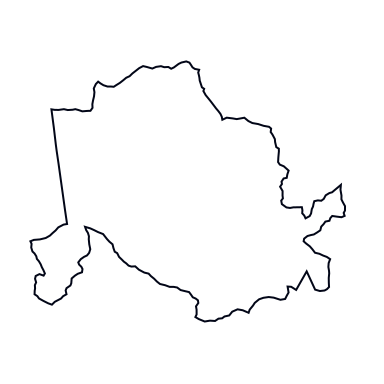 the district of Trindade, Goiás, Brazil, rotated 277°
{"feature_id": "56859067B82243960119331", "entity_name": "Trindade", "entity_type": "district", "adm_level": 2, "iso_a3": "BRA", "parent_name": "Brazil", "parent_adm1": "Goiás", "projection": "natural_earth1", "projection_center": [-49.558, -16.651], "detail": "fine", "context": "isolated", "style": "outline", "palette": "ink", "viewbox_px": 384, "rotation_deg": 277, "n_neighbors": 0, "source": "geoboundaries", "source_scale": "gbopen_adm2", "svg_char_len": 3616}
<svg xmlns="http://www.w3.org/2000/svg" viewBox="0 0 384 384"><g transform="rotate(277 192 192)"><path d="M266.4,255.1L267.5,249.4L267.8,243.5L269.3,239.3L272.1,234.9L270.8,230.8L269.8,227.5L270.0,223.6L270.0,217.4L267.4,213.3L270.3,212.4L273.0,210.7L275.5,208.3L277.9,205.7L280.6,203.1L284.2,199.6L289.9,193.7L293.6,191.0L295.9,191.5L297.1,189.1L299.9,187.8L303.5,186.1L306.4,185.4L308.8,184.6L311.3,183.6L314.2,184.2L314.5,179.8L315.8,177.3L317.9,175.6L320.1,173.7L320.9,170.4L319.2,165.7L317.5,163.1L315.3,160.8L313.4,158.8L311.8,156.3L313.2,153.3L312.5,149.2L313.1,145.9L311.8,141.1L309.7,137.6L310.6,131.9L311.0,128.1L308.5,124.5L305.2,121.2L302.4,118.4L299.3,115.9L297.4,112.8L294.5,110.1L291.5,107.1L289.0,104.0L286.9,101.5L286.8,98.7L286.4,95.2L287.2,91.1L288.7,87.8L290.1,85.4L287.4,83.4L282.8,81.9L279.2,83.0L275.0,83.1L270.5,82.6L267.0,82.4L263.4,83.0L260.2,81.3L259.7,78.1L258.7,73.3L259.5,69.5L260.0,66.1L259.1,63.5L258.2,58.7L258.6,54.8L257.2,49.6L256.8,45.6L256.9,42.4L238.7,47.1L222.3,51.1L216.5,52.6L203.8,56.1L158.1,68.3L145.0,71.9L144.0,68.5L140.6,63.6L137.2,61.3L134.2,58.6L131.4,56.3L128.5,52.4L126.4,46.8L125.2,40.9L123.4,37.6L121.0,39.1L117.3,39.2L113.5,40.9L111.8,43.2L109.2,45.3L106.7,46.2L104.6,48.5L101.7,50.7L99.1,52.1L96.4,54.0L93.2,55.9L90.9,54.9L91.9,50.6L89.6,47.1L86.7,46.8L83.3,48.3L80.4,47.4L77.2,48.0L74.8,47.9L71.3,48.2L69.8,51.2L67.7,53.1L65.8,57.8L64.0,62.8L63.1,66.7L66.3,69.2L68.5,72.4L70.3,75.0L72.9,76.8L75.2,79.9L78.9,78.6L81.3,79.2L84.4,82.7L86.7,83.3L91.5,83.1L94.7,86.0L96.9,88.6L98.9,92.6L102.2,92.7L104.3,91.3L106.2,88.8L108.3,87.7L111.8,89.8L114.5,92.8L116.2,95.5L119.0,97.3L122.8,98.0L127.6,96.4L132.5,95.3L135.5,95.1L138.7,93.7L141.3,91.6L144.4,90.1L143.5,95.5L142.2,99.6L140.8,103.5L139.4,108.9L134.9,113.4L132.6,116.1L130.4,119.5L126.7,120.9L123.3,122.6L122.2,125.2L118.7,127.5L116.3,130.7L114.6,132.8L113.1,135.5L111.2,138.0L110.6,140.9L111.3,144.7L108.4,148.8L106.2,154.5L105.7,158.9L103.5,161.5L101.3,165.0L98.9,168.0L96.8,171.4L96.2,176.7L95.1,181.4L95.6,185.4L95.4,188.9L93.3,192.6L92.8,196.6L92.3,201.3L89.9,203.6L87.6,205.6L86.7,208.6L85.2,211.1L82.6,211.8L79.0,209.9L75.7,210.9L71.0,211.5L68.3,210.6L66.7,214.2L65.0,220.4L66.5,225.5L66.8,230.6L69.5,233.7L70.3,237.3L72.4,239.4L74.0,244.0L78.1,246.5L81.1,251.5L80.8,256.8L79.0,262.9L82.3,263.6L86.7,266.4L89.6,267.8L93.7,271.7L95.7,275.8L97.1,280.9L97.1,286.0L95.8,292.9L97.2,297.5L100.6,298.7L104.0,300.1L109.8,298.4L110.0,302.0L107.5,307.3L127.2,315.5L110.1,326.1L109.3,331.0L110.4,335.6L112.0,337.8L114.4,339.6L118.4,338.9L123.4,338.2L127.9,338.1L130.5,337.6L134.2,336.5L138.1,336.3L142.2,337.3L144.0,333.7L144.9,329.9L146.2,326.0L146.7,321.5L149.8,318.5L152.4,315.6L154.8,311.5L156.7,308.8L159.4,309.0L162.4,312.0L163.8,315.4L164.7,318.1L167.0,321.0L169.6,324.0L173.4,324.5L176.1,326.5L178.9,328.0L180.2,331.9L183.0,332.5L185.3,334.1L185.2,338.8L185.2,343.5L186.9,346.4L189.7,345.1L192.2,346.1L196.6,345.6L199.9,343.2L202.9,341.2L206.7,340.8L212.3,339.1L217.2,338.9L211.1,333.2L208.8,331.1L207.7,328.5L205.0,325.1L201.2,323.6L199.1,321.4L199.0,317.9L197.8,314.5L195.2,314.1L192.3,313.9L189.6,313.0L185.2,312.8L182.4,311.7L179.7,307.9L182.3,306.3L184.3,304.0L187.4,303.8L190.3,302.9L189.8,299.3L189.1,294.4L188.1,291.2L188.2,287.6L190.9,282.7L194.3,281.6L196.7,283.0L199.5,282.3L204.0,281.8L208.0,278.8L210.9,280.3L213.2,279.6L216.6,281.3L217.6,284.3L221.2,284.5L225.0,285.3L228.7,280.0L229.9,275.8L232.2,273.8L236.7,273.5L242.9,273.3L245.6,272.9L246.8,270.2L251.7,268.4L254.6,267.8L258.9,264.8L261.1,262.8L264.6,262.8L266.1,260.5L266.4,255.1Z" fill="none" stroke="#020617" stroke-width="2"/></g></svg>